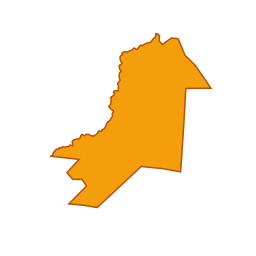 Strafford, New Hampshire, United States of America (Robinson projection), rotated 236°
{"feature_id": "52423323B44709532305945", "entity_name": "Strafford", "entity_type": "district", "adm_level": 2, "iso_a3": "USA", "parent_name": "United States of America", "parent_adm1": "New Hampshire", "projection": "robinson", "projection_center": [-70.925, 43.327], "detail": "fine", "context": "isolated", "style": "filled", "palette": "amber", "viewbox_px": 256, "rotation_deg": 236, "n_neighbors": 0, "source": "geoboundaries", "source_scale": "gbopen_adm2", "svg_char_len": 2324}
<svg xmlns="http://www.w3.org/2000/svg" viewBox="0 0 256 256"><g transform="rotate(236 128 128)"><path d="M147.9,48.3L147.8,48.2L129.3,69.9L125.2,52.5L116.3,53.4L111.1,61.1L103.1,61.1L98.2,36.5L87.8,49.1L79.3,58.0L88.7,117.4L74.2,134.9L65.6,143.5L62.2,147.1L96.4,173.7L98.1,175.0L128.5,198.1L114.6,219.0L132.8,218.9L142.3,218.8L156.4,215.9L174.0,219.5L178.4,214.2L177.9,203.2L182.6,202.5L186.5,205.5L189.0,205.5L190.7,203.8L188.6,202.2L188.2,201.4L187.9,200.2L187.7,198.0L186.8,196.1L186.5,194.8L187.9,190.7L188.3,187.6L188.2,186.6L188.8,185.4L189.2,185.2L189.5,185.0L189.6,184.5L189.2,182.6L188.2,180.0L188.3,179.3L188.5,179.0L189.5,178.4L190.5,178.2L190.9,177.6L190.9,176.9L190.7,176.2L190.6,175.9L190.4,175.1L191.6,169.6L191.9,169.2L192.7,168.6L193.8,165.9L193.8,165.6L193.3,164.9L193.1,164.5L192.5,164.3L192.0,164.3L191.8,162.0L191.3,161.2L189.8,160.1L189.7,160.1L189.1,159.8L188.6,159.7L188.2,159.6L186.6,159.1L185.5,159.3L185.0,159.1L184.3,157.0L184.3,156.6L184.7,156.3L184.9,156.0L183.7,154.9L181.0,153.9L180.1,154.5L179.2,154.1L178.7,153.7L178.7,152.8L178.2,151.6L177.7,150.9L174.8,149.0L172.1,148.1L171.8,147.9L171.5,146.3L170.7,144.3L169.6,143.8L167.7,143.4L167.0,142.7L164.8,141.0L164.4,140.3L165.4,139.0L166.2,138.3L166.5,137.4L165.9,136.1L165.3,135.9L164.4,136.1L163.7,135.4L162.9,134.8L163.1,134.2L163.0,130.5L162.0,130.5L161.7,130.4L159.5,128.8L159.4,128.7L157.4,126.9L157.1,126.4L156.9,125.0L156.8,124.2L155.5,124.0L151.1,125.0L150.7,125.5L149.6,125.0L149.2,123.8L148.4,122.6L147.4,122.3L146.4,121.6L144.6,117.4L144.1,116.3L144.3,114.5L143.7,112.9L142.0,110.4L141.3,109.6L141.3,109.3L140.9,108.5L140.8,108.1L140.8,106.6L141.0,105.6L140.3,104.6L140.3,103.9L140.4,103.2L141.7,102.6L141.8,101.5L141.7,101.0L140.8,100.1L140.6,99.4L140.4,96.3L140.5,95.4L141.7,93.5L143.2,92.6L144.2,92.2L145.3,91.2L146.1,89.8L145.8,88.6L145.9,87.8L148.2,86.5L148.3,85.7L148.1,84.7L146.8,83.0L146.5,82.0L146.7,80.8L147.4,79.6L148.5,76.0L148.2,74.8L147.3,73.5L147.2,73.5L146.8,73.6L145.3,73.3L144.7,72.8L144.3,71.9L146.2,70.7L146.4,70.0L145.9,69.5L145.7,68.7L146.6,66.8L148.0,64.4L148.8,63.8L149.2,60.6L150.2,59.9L150.0,59.3L149.5,58.8L150.4,56.6L150.4,55.1L149.6,54.5L149.4,54.3L149.5,52.9L149.1,51.8L147.8,50.8L147.6,50.4L147.5,49.9L147.6,49.1L147.9,48.3L147.9,48.3Z" fill="#f59e0b" stroke="#b45309" stroke-width="1.5"/></g></svg>